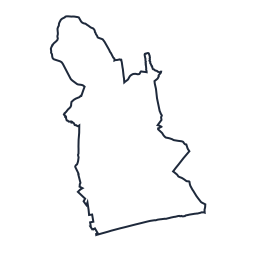 outline of Ilisesti, Suceava, Romania, rotated 93°
{"feature_id": "2599482B56962493050937", "entity_name": "Ilisesti", "entity_type": "district", "adm_level": 2, "iso_a3": "ROU", "parent_name": "Romania", "parent_adm1": "Suceava", "projection": "mercator", "projection_center": [26.04, 47.611], "detail": "fine", "context": "isolated", "style": "outline", "palette": "slate", "viewbox_px": 256, "rotation_deg": 93, "n_neighbors": 0, "source": "geoboundaries", "source_scale": "gbopen_adm2", "svg_char_len": 5702}
<svg xmlns="http://www.w3.org/2000/svg" viewBox="0 0 256 256"><g transform="rotate(93 128 128)"><path d="M53.0,209.2L54.9,208.8L55.5,208.7L56.5,208.8L57.1,208.6L57.9,208.0L58.7,207.7L60.7,207.4L62.1,206.9L62.8,206.3L63.3,205.5L64.9,199.5L65.5,198.2L66.0,197.5L67.6,196.3L81.8,187.9L82.5,187.3L83.5,186.1L86.7,181.3L87.1,180.3L87.2,179.3L87.3,177.4L87.5,176.1L87.9,175.0L88.7,173.9L89.0,173.5L92.2,174.5L98.4,176.3L98.3,176.9L99.7,178.1L101.4,181.7L102.7,183.6L104.9,185.8L106.9,186.0L108.5,186.0L109.8,186.4L111.1,187.4L112.6,188.9L115.2,190.7L116.7,192.2L117.1,192.0L117.8,192.7L118.7,192.1L119.3,191.2L119.7,191.4L120.2,191.3L120.1,190.5L120.4,190.4L121.5,190.4L123.6,189.6L123.9,188.5L124.7,187.6L124.6,185.9L124.4,185.2L124.6,184.6L124.9,184.7L125.2,185.0L125.6,184.8L125.3,183.5L125.6,183.2L126.0,182.4L127.1,181.7L127.8,181.4L128.0,180.7L127.9,179.9L128.8,178.6L128.8,177.8L128.0,176.8L135.3,176.5L142.4,176.7L149.0,176.5L151.6,176.3L156.2,176.1L157.4,176.5L158.3,176.3L159.9,175.8L163.5,176.1L165.1,176.4L167.0,177.0L167.8,178.0L168.3,178.3L168.9,178.6L169.3,178.7L169.7,178.6L175.3,175.5L176.2,175.1L176.7,174.9L177.3,174.9L177.3,175.1L181.1,173.9L185.3,172.6L186.3,173.1L186.9,173.2L188.2,173.2L189.1,173.3L190.5,170.3L191.4,171.7L192.2,172.7L194.4,174.7L198.9,169.4L200.8,167.1L203.5,168.5L204.9,167.4L207.2,165.5L204.4,164.6L211.6,163.1L216.9,162.3L216.3,159.3L223.4,157.7L224.2,160.9L227.9,160.1L228.1,160.6L231.1,158.4L230.7,157.4L231.0,157.1L230.0,155.8L234.4,152.9L235.5,154.3L236.5,154.1L236.4,153.9L235.9,152.3L235.4,150.9L232.5,142.3L231.5,139.6L229.6,133.7L228.6,130.6L227.2,125.9L224.1,116.0L223.2,113.0L222.6,111.0L220.4,103.8L219.6,101.0L218.9,97.6L218.7,96.4L218.7,95.5L218.0,93.6L217.4,90.6L217.4,90.3L216.9,87.7L216.9,87.2L216.7,86.7L216.7,86.3L216.7,85.6L216.6,84.8L216.4,84.4L215.7,82.0L215.2,80.5L214.4,77.5L214.2,76.4L214.1,75.8L213.8,75.0L213.7,74.5L213.3,73.4L213.1,72.1L213.3,71.8L213.4,71.4L213.4,71.1L213.3,70.8L213.2,70.7L213.0,70.2L213.1,69.7L213.3,69.5L213.4,68.6L213.3,68.3L213.3,68.1L213.2,67.5L213.1,67.3L213.0,66.9L213.0,66.6L212.4,66.0L212.3,65.8L211.7,63.5L211.5,62.8L211.3,62.2L210.6,58.9L210.4,58.0L210.1,56.7L210.0,55.7L209.8,54.9L209.8,54.2L209.4,52.9L209.2,52.2L208.9,51.3L208.4,50.1L208.3,49.8L208.4,49.1L208.3,48.6L208.3,48.2L208.4,47.3L208.5,47.0L205.7,47.3L203.4,46.9L202.4,46.8L201.5,46.9L201.2,46.8L200.2,46.8L198.5,50.6L198.1,51.2L197.9,51.4L194.2,54.6L193.2,55.4L192.5,56.0L188.6,58.7L187.8,59.2L186.1,60.5L182.5,62.7L180.9,63.3L179.1,63.7L178.5,63.8L178.3,64.0L178.1,64.3L178.1,65.6L178.0,66.8L176.4,69.2L175.3,71.1L174.9,72.0L174.3,73.9L174.0,74.6L173.7,75.2L172.4,76.2L172.0,76.5L170.0,79.2L169.0,80.7L165.2,78.1L161.5,75.4L155.3,71.1L150.2,67.2L148.0,65.5L146.0,67.0L145.1,67.5L141.4,68.9L141.4,69.7L141.1,70.4L140.1,71.4L139.2,72.0L138.9,72.3L138.8,72.7L138.6,73.2L138.5,73.6L138.4,74.6L138.2,77.3L137.7,81.7L137.0,83.2L136.9,83.3L136.2,85.7L136.0,86.7L135.8,88.0L135.6,89.5L135.5,89.8L134.8,90.8L133.5,92.1L131.3,93.6L130.5,94.5L127.8,97.8L126.8,97.9L126.5,97.1L126.1,96.7L125.3,95.1L125.0,94.7L124.9,94.8L123.7,97.8L123.6,98.5L122.6,97.9L118.2,95.0L115.7,95.5L115.4,95.5L113.9,94.9L113.7,94.9L112.8,95.4L112.1,96.0L111.1,96.4L109.3,97.3L96.7,100.6L87.6,102.1L82.2,103.6L79.8,104.0L77.3,101.2L76.9,100.9L74.9,100.0L74.6,100.2L74.0,100.2L73.6,100.0L71.6,98.5L71.1,98.1L70.6,98.0L70.0,97.9L70.0,98.1L70.5,98.3L70.9,98.4L71.0,98.7L70.7,99.4L70.7,99.8L70.4,100.2L70.3,100.7L70.2,101.3L69.6,101.9L69.4,102.3L69.3,102.9L69.2,103.6L69.1,103.9L68.9,104.2L68.5,104.6L68.4,104.8L68.2,105.0L68.0,106.0L67.8,106.2L67.6,106.4L67.2,106.5L66.9,106.6L66.5,106.8L66.2,107.0L65.7,107.0L65.1,107.2L65.1,107.4L64.7,107.8L63.6,108.2L63.1,108.5L62.4,108.9L62.1,109.2L61.9,109.3L61.3,109.2L60.8,109.3L60.4,109.3L60.2,109.5L59.9,109.9L59.7,110.1L59.4,110.1L59.0,109.8L58.6,109.7L57.9,109.8L57.6,110.0L57.3,110.0L56.8,109.8L56.4,109.8L56.1,109.9L55.7,110.0L54.3,110.3L53.7,110.7L52.7,111.0L52.4,111.2L52.2,111.5L52.1,111.9L52.1,112.1L52.3,112.7L52.4,113.1L52.9,114.0L52.8,114.3L52.8,114.5L53.0,114.8L53.1,115.0L53.3,115.1L53.6,115.2L54.1,115.2L54.7,115.1L56.6,114.6L57.1,114.5L57.8,114.2L58.2,114.2L59.7,114.1L60.4,113.9L60.9,113.6L61.1,113.6L61.4,113.9L61.6,113.9L61.8,113.9L62.5,113.8L62.8,113.6L63.2,113.4L63.9,113.7L65.2,113.2L66.1,113.2L66.9,113.0L67.7,112.9L68.3,113.0L68.9,112.9L69.7,112.6L70.2,112.5L70.4,112.5L71.0,112.3L71.3,112.3L71.2,112.7L71.2,113.4L71.1,114.6L71.0,116.4L70.9,117.0L70.8,117.9L70.9,118.1L71.3,118.4L72.3,118.8L73.4,119.4L73.6,119.8L73.7,120.2L73.7,120.6L73.8,121.0L73.8,121.4L73.6,122.6L73.5,123.3L73.6,124.3L73.7,125.2L73.9,125.9L74.6,127.1L75.2,127.9L76.1,128.8L77.4,129.5L79.1,130.3L79.6,130.6L80.2,131.2L81.8,133.2L82.7,134.1L80.4,134.4L79.1,134.5L78.5,134.6L77.8,134.8L75.8,135.2L69.6,136.2L67.5,136.7L62.4,137.7L61.4,138.1L60.4,138.2L60.2,138.4L60.5,138.7L60.5,138.9L60.3,139.3L59.9,139.8L60.6,142.2L60.9,144.4L61.3,145.1L60.3,145.1L59.3,145.3L58.5,146.4L55.9,147.9L54.0,149.0L52.7,150.1L51.7,150.5L50.2,151.4L43.2,155.9L40.8,157.9L40.3,159.3L40.0,160.4L39.5,162.1L39.1,163.0L37.6,163.7L36.9,164.2L36.0,164.9L34.3,165.6L34.0,166.0L32.3,166.4L31.3,167.1L30.4,168.0L30.1,168.9L29.6,170.3L29.0,171.3L27.9,172.9L27.2,174.2L26.5,175.2L26.0,176.1L26.0,176.6L25.7,178.0L25.1,179.3L24.1,180.4L20.2,182.9L19.9,184.0L19.7,185.9L19.5,187.8L19.7,190.4L19.6,193.6L19.7,195.1L20.0,196.2L20.2,196.5L20.8,196.9L22.1,199.2L22.7,200.0L23.6,200.8L26.2,202.0L27.5,202.4L28.9,202.4L29.8,202.6L31.0,203.2L32.7,203.6L35.7,203.2L36.8,203.0L38.5,203.0L39.7,203.3L40.3,203.3L41.2,203.1L42.0,202.8L42.4,202.8L43.7,203.1L45.0,204.1L47.2,206.4L47.9,207.0L49.5,207.8L49.4,208.0L51.8,208.9L53.0,209.2Z" fill="none" stroke="#1e293b" stroke-width="2"/></g></svg>